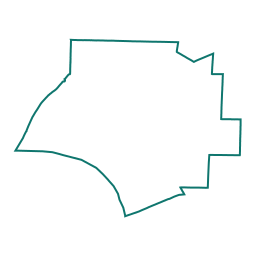 Cetate, Dolj, Romania
{"feature_id": "2599482B60212600347898", "entity_name": "Cetate", "entity_type": "district", "adm_level": 2, "iso_a3": "ROU", "parent_name": "Romania", "parent_adm1": "Dolj", "projection": "albers", "projection_center": [23.068, 44.111], "detail": "fine", "context": "isolated", "style": "outline", "palette": "teal", "viewbox_px": 256, "rotation_deg": 0, "n_neighbors": 0, "source": "geoboundaries", "source_scale": "gbopen_adm2", "svg_char_len": 5309}
<svg xmlns="http://www.w3.org/2000/svg" viewBox="0 0 256 256"><path d="M239.9,154.8L239.9,154.4L239.9,153.8L239.9,153.5L239.9,152.9L240.0,151.1L240.0,149.5L240.0,149.2L240.0,148.3L240.0,148.0L240.0,147.7L240.0,147.3L240.0,147.0L240.1,146.1L240.1,145.5L240.1,145.2L240.1,144.8L240.1,143.6L240.1,142.9L240.1,142.3L240.2,141.5L240.2,140.9L240.2,140.6L240.1,140.3L240.1,140.2L240.2,139.5L240.2,139.2L240.2,138.9L240.2,138.0L240.2,137.6L240.3,137.3L240.3,136.7L240.3,136.4L240.3,135.7L240.3,135.4L240.3,135.1L240.3,134.8L240.4,134.4L240.4,134.1L240.4,133.7L240.4,133.1L240.4,132.0L240.4,131.1L240.4,130.8L240.5,130.2L240.5,129.9L240.5,129.3L240.5,129.0L240.5,128.7L240.5,128.4L240.5,128.0L240.5,127.7L240.5,127.3L240.5,127.0L240.5,126.7L240.5,126.4L240.6,126.1L240.6,125.7L240.6,125.4L240.6,124.4L240.6,124.1L240.6,123.7L240.6,123.4L240.6,122.8L240.6,122.4L240.6,121.8L240.6,120.9L240.6,120.3L240.6,119.4L240.2,119.4L239.8,119.4L239.1,119.4L238.6,119.4L238.3,119.4L237.8,119.3L237.5,119.3L236.7,119.3L234.7,119.3L234.4,119.4L233.3,119.3L233.1,119.3L232.5,119.3L231.7,119.3L231.3,119.3L231.0,119.2L230.8,119.2L230.5,119.2L230.3,119.2L230.1,119.2L229.8,119.2L229.6,119.2L229.0,119.2L226.6,119.2L224.5,119.2L223.4,119.2L222.2,119.2L221.2,119.1L221.2,118.6L221.2,117.6L221.3,116.5L221.3,115.5L221.3,114.5L221.4,113.5L221.4,112.4L221.4,111.4L221.4,110.4L221.5,109.4L221.5,108.4L221.5,107.4L221.6,105.3L221.6,104.3L221.7,103.4L221.7,102.9L221.7,102.4L221.7,102.2L221.9,97.9L222.0,94.9L222.1,92.3L222.3,89.2L222.3,87.5L222.4,86.2L222.5,84.5L222.5,83.4L222.5,82.9L222.6,82.5L222.6,81.0L222.6,80.4L222.6,80.1L222.6,79.9L222.7,79.4L222.7,78.8L222.7,78.3L222.7,77.8L222.7,77.2L222.8,76.8L222.8,76.3L222.8,74.9L222.9,74.1L215.3,74.1L212.9,74.1L212.1,74.1L211.9,74.0L212.0,71.9L212.1,71.0L212.1,70.6L212.1,69.8L212.1,69.4L212.2,69.0L212.2,67.8L212.3,66.2L212.4,65.4L212.4,64.6L212.5,63.8L212.5,63.4L212.5,63.1L212.6,62.6L212.6,62.2L212.6,61.7L212.6,61.2L212.7,60.7L212.9,57.9L212.9,57.2L213.0,56.5L213.0,55.8L213.2,53.8L213.2,53.6L212.3,54.0L211.1,54.5L210.8,54.6L210.5,54.7L206.2,56.5L203.6,57.6L201.2,58.6L199.0,59.5L196.9,60.4L195.4,61.1L195.0,61.3L193.9,61.9L192.7,61.2L191.8,60.6L191.1,60.2L190.2,59.7L188.4,58.7L186.8,57.8L185.4,56.9L184.7,56.5L184.0,56.1L182.7,55.4L181.6,54.7L180.2,53.9L178.8,53.1L177.5,52.4L176.9,52.0L176.8,51.9L176.8,51.7L176.8,51.3L176.9,50.2L177.0,50.0L177.0,49.6L177.1,49.2L177.2,48.7L177.2,48.3L177.3,47.8L177.5,46.8L177.6,46.2L177.6,45.7L177.8,45.0L177.8,44.7L178.2,42.3L178.2,42.2L173.6,42.1L168.6,42.0L164.8,41.9L159.7,41.8L151.4,41.7L143.3,41.5L139.8,41.4L137.9,41.4L132.2,41.3L130.4,41.2L129.3,41.2L127.6,41.1L126.6,41.1L115.4,40.8L113.8,40.7L112.1,40.7L111.7,40.7L111.4,40.6L111.0,40.7L110.8,40.7L110.7,40.7L109.8,40.7L108.6,40.7L107.8,40.7L106.6,40.6L105.2,40.6L104.7,40.6L104.3,40.5L104.1,40.5L103.6,40.5L97.4,40.4L97.0,40.4L96.6,40.4L96.3,40.5L96.2,40.5L95.5,40.4L95.3,40.4L94.7,40.4L94.3,40.4L92.6,40.3L92.4,40.3L92.1,40.3L91.4,40.2L91.2,40.2L90.8,40.3L90.7,40.3L89.8,40.2L89.2,40.2L88.7,40.2L87.8,40.2L87.3,40.2L86.7,40.2L86.4,40.2L86.0,40.1L85.6,40.2L84.4,40.1L84.2,40.1L83.8,40.2L82.5,40.2L81.8,40.1L80.1,40.1L79.7,40.1L78.8,40.1L77.8,40.1L77.2,40.1L75.9,40.0L75.4,40.0L74.5,40.0L72.2,39.9L71.9,39.9L71.5,39.9L71.1,39.8L70.9,39.8L71.0,40.1L71.0,40.6L70.9,43.1L70.9,43.3L70.9,44.4L70.9,45.1L70.7,50.2L70.7,50.7L70.7,51.7L70.6,53.5L70.6,55.3L70.6,56.1L70.5,57.4L70.6,59.0L70.5,59.6L70.5,60.3L70.5,61.7L70.4,62.0L70.5,62.3L70.4,62.5L70.4,63.1L70.4,63.9L70.3,64.6L70.3,65.0L70.3,66.3L70.2,68.9L70.2,69.6L70.2,70.2L70.2,70.5L70.2,71.0L70.2,71.3L70.1,73.7L70.1,73.8L70.0,74.1L69.9,74.2L69.5,74.2L69.2,74.3L68.9,74.4L68.8,74.5L68.2,75.0L67.7,75.6L67.5,75.8L67.3,76.1L67.1,76.3L67.0,76.5L66.5,77.0L66.2,77.5L65.7,78.0L65.2,78.7L64.9,78.9L64.8,79.2L64.8,79.4L64.8,79.5L64.7,79.5L64.9,79.9L64.9,80.0L65.0,80.1L65.0,80.3L65.0,80.6L64.9,80.8L64.8,81.1L64.7,81.3L64.2,81.5L63.8,81.5L63.6,81.5L63.4,81.4L63.2,81.5L62.9,81.6L62.7,81.8L62.5,82.0L62.3,82.1L61.8,82.9L61.5,83.2L61.3,83.4L60.4,84.4L59.0,86.0L57.7,87.6L56.2,89.2L54.6,90.5L52.4,92.0L50.9,93.3L49.9,94.0L49.7,94.1L49.3,94.7L48.5,95.1L48.1,95.6L46.8,97.0L45.9,97.9L45.1,98.8L43.9,100.1L42.6,101.5L41.3,103.0L40.4,104.3L37.0,109.8L36.3,110.8L35.3,112.3L34.0,114.5L33.2,115.9L32.6,116.8L32.4,117.2L31.2,119.8L28.3,126.2L26.6,130.4L26.6,130.8L26.6,131.0L26.4,131.3L26.1,131.5L25.3,133.0L24.3,135.0L23.4,137.0L23.0,138.0L15.4,150.7L18.7,150.7L19.4,150.7L42.6,151.3L52.4,152.2L59.3,154.0L61.7,154.7L62.1,154.8L62.7,155.0L81.4,159.8L96.3,167.9L102.6,173.9L103.0,174.3L108.1,179.8L108.4,180.2L108.8,180.7L113.6,186.1L118.0,193.8L119.5,199.7L123.3,207.7L125.2,215.7L125.2,216.2L138.9,211.5L142.0,210.1L146.8,208.1L149.1,207.0L167.7,199.3L168.6,199.0L169.4,198.9L171.1,198.1L172.8,197.3L174.3,196.6L178.1,195.2L179.4,194.8L180.1,194.8L183.3,194.5L184.3,194.4L183.9,193.6L183.7,193.3L183.2,192.3L182.5,191.3L182.1,190.5L180.5,187.7L180.4,187.5L181.0,187.4L183.2,187.4L184.4,187.4L187.2,187.5L188.7,187.5L190.7,187.6L194.8,187.6L198.5,187.6L206.0,187.8L207.8,187.7L208.1,179.2L208.2,176.3L208.3,173.8L208.8,162.6L209.0,159.7L209.3,155.0L210.3,154.9L215.0,155.0L219.9,155.0L227.4,155.1L230.7,155.1L231.1,155.1L231.9,155.1L232.4,155.1L234.1,155.2L238.0,155.2L238.5,155.2L239.8,155.2L239.9,154.8Z" fill="none" stroke="#0f766e" stroke-width="2"/></svg>